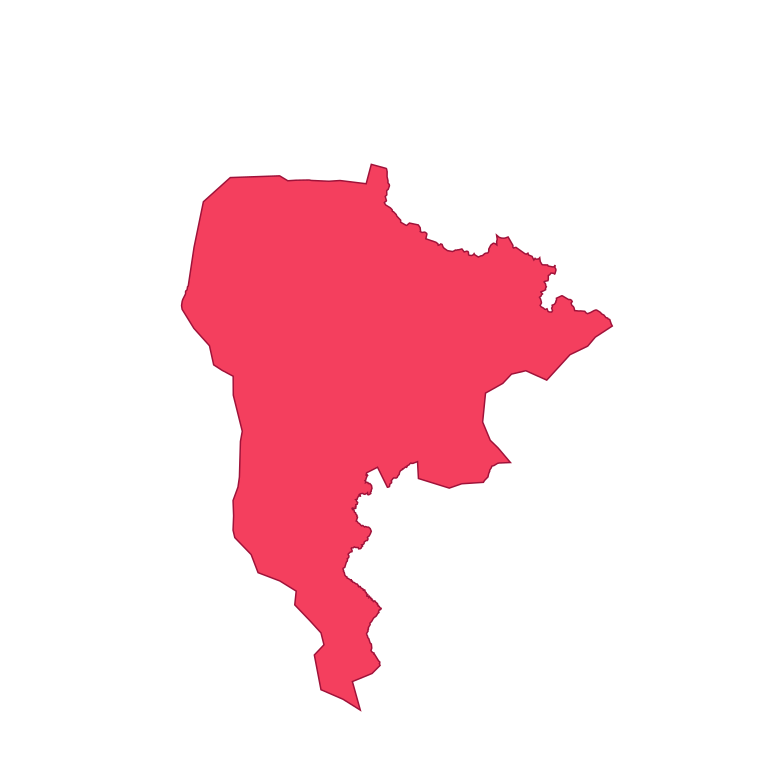 the district of Cecerleg, Hövsgöl, Mongolia, rotated 56°
{"feature_id": "93677404B82623555846083", "entity_name": "Cecerleg", "entity_type": "district", "adm_level": 2, "iso_a3": "MNG", "parent_name": "Mongolia", "parent_adm1": "Hövsgöl", "projection": "albers", "projection_center": [98.091, 49.505], "detail": "fine", "context": "isolated", "style": "filled", "palette": "rose", "viewbox_px": 768, "rotation_deg": 56, "n_neighbors": 0, "source": "geoboundaries", "source_scale": "gbopen_adm2", "svg_char_len": 6170}
<svg xmlns="http://www.w3.org/2000/svg" viewBox="0 0 768 768"><g transform="rotate(56 384 384)"><path d="M126.9,396.0L131.9,431.8L164.4,465.0L193.3,491.5L193.5,492.5L195.8,494.6L196.0,496.2L196.5,496.9L198.3,498.1L201.4,503.6L202.7,505.2L205.8,508.0L209.2,509.6L231.6,510.5L254.7,507.3L272.9,514.5L282.1,510.6L293.2,504.7L309.0,515.2L343.9,527.9L351.3,535.1L380.3,555.9L387.8,562.7L396.2,574.3L409.2,582.4L420.8,590.9L427.9,593.6L451.1,589.5L470.0,593.9L489.0,580.5L506.6,572.6L517.2,581.5L538.7,577.8L555.1,575.4L566.6,579.6L569.7,593.3L602.2,607.2L622.4,594.3L641.1,586.0L613.0,576.6L617.3,555.7L615.1,544.6L613.2,544.2L613.0,543.5L611.9,542.9L610.6,543.3L602.9,543.0L602.3,543.4L601.6,542.7L599.9,543.7L597.8,543.9L596.1,541.8L592.5,539.9L590.9,540.3L586.5,539.0L585.0,539.3L583.9,538.6L582.7,538.6L581.1,538.0L579.9,535.3L578.8,534.9L578.5,533.9L577.6,533.6L577.3,533.0L577.0,532.9L575.8,530.1L574.4,529.5L574.0,527.2L572.2,523.5L572.0,520.1L570.8,517.6L570.6,516.0L569.9,516.0L568.7,514.5L568.6,514.2L569.0,513.7L569.0,512.6L568.4,511.8L567.4,512.4L565.5,512.4L565.0,513.0L564.1,512.5L563.1,512.9L562.4,512.2L560.1,512.9L558.9,512.8L558.5,513.2L558.6,514.1L558.4,514.5L557.1,514.2L556.2,514.9L555.9,514.3L555.3,514.2L554.4,515.1L553.5,514.4L552.5,515.2L552.5,515.7L551.9,515.0L551.4,514.9L551.2,515.0L551.4,515.8L550.2,516.9L549.8,516.6L549.3,515.2L548.0,515.9L547.0,515.4L545.8,515.8L544.1,515.1L543.7,515.4L543.7,516.3L543.5,516.5L542.4,516.0L539.8,517.2L538.7,516.9L538.2,517.4L538.2,518.2L537.6,518.5L536.8,518.0L534.8,518.1L533.9,519.1L531.9,519.7L530.9,520.7L529.7,520.4L529.4,521.1L529.0,521.3L528.0,520.6L527.4,521.5L525.2,522.4L524.4,523.1L523.2,522.6L522.3,523.2L520.7,523.4L517.9,522.3L516.7,522.4L516.3,521.9L514.4,521.4L513.9,520.9L514.1,519.1L510.6,514.8L510.3,513.5L509.0,512.3L508.3,512.2L508.2,510.6L507.9,510.0L506.9,509.2L505.4,509.1L504.9,508.7L504.5,506.0L505.1,504.3L504.5,503.7L502.0,503.1L501.7,502.6L502.6,501.1L502.4,499.7L503.5,499.1L505.2,496.8L506.5,497.2L507.3,495.7L507.3,494.8L506.6,493.7L506.4,492.4L504.9,492.5L505.3,491.3L505.3,490.2L505.0,489.6L504.0,488.9L503.8,486.3L504.4,485.5L504.3,485.0L503.5,483.9L501.9,483.5L501.7,482.7L501.7,481.3L500.4,478.9L499.0,476.9L496.2,476.3L494.1,476.8L493.0,478.2L491.9,478.9L491.6,480.1L489.4,480.7L489.0,482.0L486.0,482.4L484.7,483.1L483.0,483.1L482.1,483.7L479.6,480.4L478.6,480.6L477.8,479.8L476.4,480.1L474.9,479.6L473.8,480.2L471.5,479.3L471.1,479.4L470.6,480.3L469.2,480.0L469.1,479.6L471.1,477.5L471.2,476.8L470.5,476.3L469.2,476.6L469.9,476.1L469.8,475.6L468.3,474.9L468.7,473.4L467.4,472.0L466.1,472.4L464.9,471.9L464.0,472.1L464.5,470.6L463.6,469.7L462.6,467.6L463.7,466.3L462.8,465.9L461.8,466.2L461.9,464.6L462.9,462.7L463.9,462.4L464.8,461.5L464.8,460.1L465.3,459.5L465.0,458.5L466.6,459.3L467.2,458.8L467.4,458.0L467.4,456.2L466.1,455.8L465.9,454.7L464.7,453.7L463.8,452.3L461.1,451.1L458.6,451.4L457.8,452.7L456.7,452.4L455.6,453.6L455.5,454.5L454.7,453.7L453.4,453.8L453.4,452.7L452.7,452.2L451.0,449.8L450.6,448.6L449.8,448.7L449.7,449.6L449.5,449.8L447.9,448.1L449.4,435.9L471.5,438.9L471.9,438.1L472.1,436.8L470.3,435.2L470.1,433.0L469.5,432.4L468.3,432.2L467.7,430.2L467.4,429.8L467.3,428.4L468.7,426.6L468.8,425.3L467.9,423.8L467.4,421.9L466.2,420.8L465.3,419.4L465.1,418.5L465.2,416.3L464.7,416.0L465.1,415.5L464.8,412.6L465.6,412.1L465.5,411.1L464.8,410.7L465.0,408.0L464.5,407.1L464.5,406.3L464.7,405.8L465.3,405.5L466.0,404.3L467.1,399.6L481.6,408.3L506.8,388.1L510.2,375.3L521.1,356.6L520.2,354.6L519.2,349.8L516.8,347.3L515.4,345.1L514.5,344.5L513.4,341.8L512.4,340.6L513.1,338.4L513.3,334.2L513.9,332.7L519.8,323.1L500.7,325.2L490.1,327.4L470.7,323.5L448.3,304.9L449.9,285.1L447.1,272.8L452.3,259.0L471.8,246.9L463.7,213.4L466.5,193.9L463.3,182.6L463.6,162.3L461.1,162.0L456.8,160.8L455.1,161.9L454.4,161.7L453.0,162.9L449.9,163.1L447.7,164.3L445.5,164.6L441.7,166.3L441.1,167.0L440.6,168.7L440.2,172.9L439.5,175.9L438.1,176.7L436.0,176.9L433.3,180.2L432.5,181.6L429.7,184.9L427.3,183.9L425.6,183.7L423.9,184.3L421.5,183.6L421.0,181.9L419.5,181.7L418.1,182.4L417.1,183.8L410.7,186.8L410.2,187.4L409.3,193.1L411.0,194.1L411.4,195.3L412.2,195.7L413.2,198.1L412.7,200.6L414.2,201.2L414.8,202.6L417.5,203.3L418.1,204.8L416.7,206.7L415.6,207.4L412.8,206.8L412.5,208.4L411.9,209.0L410.3,209.3L407.8,210.6L406.1,210.6L405.0,208.3L404.3,207.8L401.0,206.7L399.0,206.6L398.9,204.5L398.2,203.8L398.0,202.2L395.5,202.6L395.3,202.4L396.0,199.7L396.2,197.3L394.8,196.4L394.2,195.0L393.4,195.1L391.3,194.1L388.9,194.2L388.8,193.3L390.0,190.3L388.9,189.1L385.9,187.1L386.1,185.6L385.4,183.5L386.9,181.7L388.3,181.0L388.0,180.4L386.0,178.0L384.9,177.3L383.0,177.2L381.1,175.6L381.8,177.3L381.6,178.3L378.0,181.9L376.8,181.8L374.1,185.6L373.4,186.2L369.9,186.0L366.4,184.3L366.8,185.9L365.7,187.9L365.1,188.4L364.3,188.5L365.0,190.4L361.0,189.9L357.8,192.0L356.0,191.5L355.9,193.5L354.8,194.3L344.5,198.2L343.6,200.6L342.8,200.7L341.1,199.6L331.5,198.9L330.9,201.4L330.3,202.9L328.8,204.9L326.8,206.5L323.5,207.4L327.3,209.2L328.9,211.0L331.8,212.7L330.0,213.3L328.6,214.3L328.4,215.2L328.6,217.8L330.7,221.7L332.7,223.1L333.3,224.3L333.3,225.0L332.5,226.3L332.2,227.6L332.6,230.6L331.9,232.1L331.5,234.8L327.6,236.5L326.3,236.4L326.7,237.3L326.7,238.7L326.4,239.6L325.0,241.3L324.2,241.6L322.1,240.4L321.2,240.3L320.2,241.0L319.3,243.7L315.6,243.9L314.5,247.0L314.0,247.8L313.4,249.4L312.8,250.0L312.9,251.0L312.5,253.1L308.9,256.8L305.0,258.3L303.2,258.4L300.8,257.8L299.6,258.6L299.8,259.9L299.3,261.5L297.9,260.9L295.5,261.7L287.0,268.1L283.7,264.6L283.0,264.4L281.3,265.0L280.7,265.5L279.6,267.8L277.9,268.7L277.7,268.2L274.6,266.6L271.3,266.6L264.8,272.9L265.2,276.4L264.9,276.9L259.2,279.7L257.5,278.6L252.0,279.5L250.3,279.1L246.4,279.8L245.6,280.5L244.0,279.8L241.6,280.2L236.5,282.5L234.0,282.4L233.7,282.2L233.6,279.8L233.4,279.5L229.2,278.1L228.8,275.9L225.4,273.8L225.1,273.2L225.0,271.7L222.7,268.6L221.6,268.1L219.3,268.2L217.9,267.1L213.8,265.5L209.8,262.7L207.1,261.6L206.4,261.7L194.8,271.7L208.0,286.8L190.7,306.7L185.1,316.3L174.7,330.3L173.0,332.0L165.8,343.1L161.7,350.1L153.1,354.1L126.9,396.0Z" fill="#f43f5e" stroke="#9f1239" stroke-width="1.5"/></g></svg>